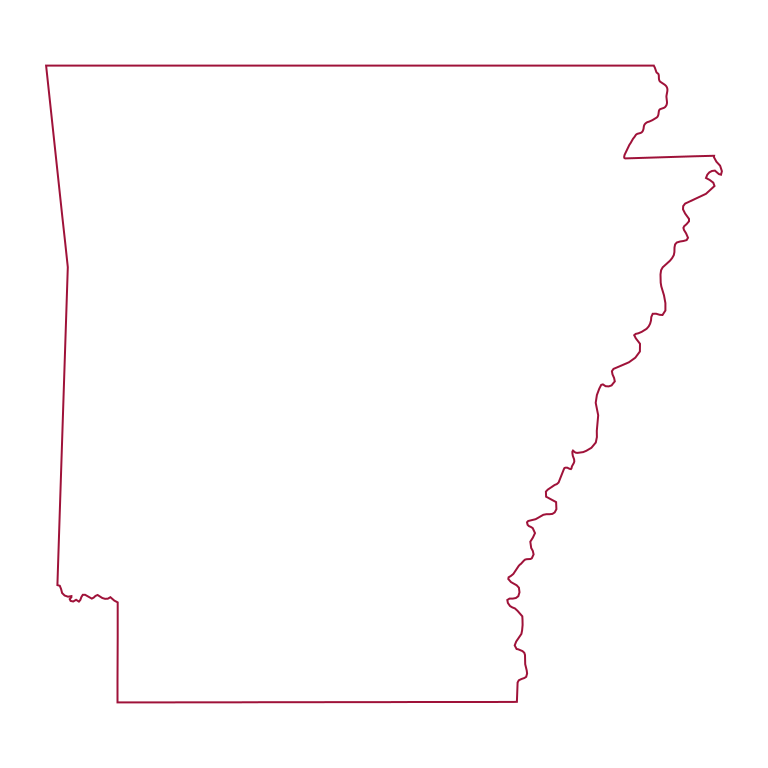 Arkansas, Equal Earth projection
{"feature_id": "USA-3528", "entity_name": "Arkansas", "entity_type": "State", "adm_level": 1, "iso_a3": "USA", "parent_name": "United States of America", "parent_adm1": "", "projection": "equal_earth", "projection_center": [-91.2, 34.755], "detail": "fine", "context": "isolated", "style": "outline", "palette": "rose", "viewbox_px": 768, "rotation_deg": 0, "n_neighbors": 0, "source": "natural_earth", "source_scale": "10m", "svg_char_len": 4171}
<svg xmlns="http://www.w3.org/2000/svg" viewBox="0 0 768 768"><path d="M635.4,337.5L635.8,338.3L640.0,343.8L639.9,351.5L635.3,357.7L628.9,362.3L613.5,368.9L611.9,371.2L612.5,374.4L614.1,378.0L614.8,381.4L612.8,383.8L611.6,385.4L608.7,386.4L605.6,386.2L602.9,384.4L601.2,384.9L599.3,388.6L596.9,395.0L595.7,402.8L598.2,415.3L596.8,430.8L596.9,437.1L595.8,442.5L591.4,447.8L586.3,450.8L583.2,452.1L577.4,452.9L575.8,452.7L574.7,452.1L573.0,450.6L572.4,451.6L572.4,453.2L572.8,455.8L574.1,459.3L574.3,461.5L573.8,463.0L571.9,466.4L571.5,468.3L570.9,469.1L569.5,468.8L567.3,467.7L565.4,467.7L564.5,468.0L563.9,469.1L558.6,482.5L556.8,484.1L554.6,485.0L547.8,489.6L545.9,491.6L546.1,496.7L556.1,502.1L556.4,509.2L554.7,512.4L552.4,513.9L549.7,514.2L546.4,514.2L543.3,514.8L537.4,518.2L535.6,519.2L528.2,521.0L527.0,522.3L527.6,524.8L528.9,526.1L530.8,526.9L532.7,528.1L535.0,533.1L532.9,537.6L530.3,541.7L531.2,548.0L532.8,550.9L533.6,554.4L531.8,558.3L530.5,559.0L526.7,559.2L525.1,559.6L523.8,560.7L520.9,563.9L519.9,564.6L518.7,565.9L513.3,574.0L510.8,576.0L508.6,577.3L508.3,579.0L511.0,582.1L516.7,585.3L518.9,587.7L519.5,592.3L518.3,596.2L515.9,598.0L512.8,598.6L509.5,598.6L507.3,600.0L507.9,603.0L510.0,606.0L512.3,607.4L514.9,608.4L517.6,610.9L522.3,616.3L522.5,619.6L522.6,625.0L522.1,630.4L521.4,633.9L516.2,641.5L514.7,645.4L516.6,649.0L518.2,649.3L522.5,651.1L524.3,652.8L525.0,655.0L525.2,664.2L526.7,670.4L527.1,673.5L526.2,676.8L524.4,678.0L521.5,679.0L518.8,680.3L517.6,682.5L516.9,701.8L514.9,701.9L490.1,702.0L465.3,702.0L440.4,702.0L415.6,702.0L390.7,702.1L365.9,702.1L341.1,702.1L316.2,702.2L291.4,702.2L266.5,702.2L241.7,702.3L216.8,702.3L192.0,702.3L167.2,702.4L142.3,702.4L117.5,702.4L117.5,680.4L117.6,658.4L117.7,636.4L117.7,614.4L117.7,602.4L116.4,601.7L114.3,600.6L110.4,597.2L107.8,598.7L105.0,598.8L102.3,598.0L97.6,595.0L95.5,595.9L93.7,597.6L91.8,598.6L85.1,594.8L82.8,594.8L81.4,597.0L80.3,600.0L78.9,601.6L76.1,599.8L73.2,601.5L70.6,600.9L69.7,599.1L71.4,597.2L71.4,596.1L68.0,596.7L64.6,595.5L62.1,593.0L61.1,589.1L59.8,585.8L57.4,585.1L58.7,545.2L60.0,505.3L61.3,465.5L62.6,425.7L63.9,386.0L65.2,346.3L66.5,306.7L67.8,267.2L65.1,241.9L62.3,216.6L59.6,191.4L56.9,166.2L54.2,141.0L51.5,115.8L48.8,90.7L46.1,65.6L83.5,65.6L120.9,65.6L158.3,65.6L195.6,65.6L233.0,65.6L270.4,65.6L307.8,65.6L345.2,65.6L382.6,65.6L420.0,65.6L457.4,65.6L462.6,65.6L494.8,65.6L532.2,65.6L569.5,65.6L606.9,65.6L644.3,65.6L653.8,65.6L653.9,66.0L654.2,66.4L654.9,67.8L656.3,71.9L656.6,72.5L657.2,73.0L657.9,73.5L658.4,74.0L658.6,74.6L658.8,75.4L658.9,78.3L659.0,79.3L659.3,80.3L659.6,81.0L660.2,81.7L664.7,84.7L665.4,85.3L666.0,85.9L666.5,86.6L666.9,87.4L667.2,88.2L667.4,89.2L667.4,90.2L667.3,91.3L666.5,95.6L666.4,96.7L667.0,102.1L667.0,103.0L666.8,103.9L666.6,104.8L666.2,105.6L665.7,106.3L665.2,107.0L664.5,107.5L663.8,107.9L660.3,109.1L659.7,109.5L659.2,110.2L658.9,111.0L658.4,114.6L658.1,115.5L657.7,116.4L657.2,117.1L656.6,117.6L652.3,120.2L649.2,121.6L647.5,122.1L646.7,122.5L645.4,123.5L644.8,124.2L644.3,125.0L644.0,125.8L643.8,126.7L643.6,128.3L643.4,129.3L643.1,130.2L642.7,131.1L642.2,131.8L641.6,132.4L640.9,132.8L640.1,133.1L637.4,133.8L636.7,134.2L636.0,134.7L635.5,135.4L634.6,136.8L633.0,138.8L630.7,142.9L629.4,144.8L624.6,154.8L624.2,156.6L624.2,157.4L624.5,158.1L625.3,158.4L635.2,158.1L654.7,157.5L674.2,156.9L693.6,156.3L713.1,155.8L713.3,155.8L713.6,155.8L713.8,155.8L714.1,155.8L713.9,157.1L716.4,161.7L720.1,165.7L721.9,171.2L721.0,174.7L718.9,174.1L714.9,170.6L711.9,171.0L709.3,172.4L707.3,174.7L706.0,178.0L709.6,179.9L713.3,182.7L714.5,186.0L706.0,193.8L685.1,203.6L683.2,206.1L683.0,209.3L685.1,213.5L689.0,218.9L689.0,221.3L686.5,224.2L684.2,226.2L683.4,227.9L684.0,230.0L686.1,233.4L688.0,237.8L686.6,240.1L683.4,241.0L680.1,241.5L676.8,242.5L675.1,244.4L674.5,247.5L674.4,252.1L673.8,255.1L672.1,258.1L670.0,260.7L662.7,267.3L661.1,270.2L660.5,274.4L660.7,282.7L661.3,286.4L664.0,295.4L665.4,303.1L665.4,310.5L662.5,315.0L659.7,314.8L656.0,313.7L652.7,313.8L651.3,317.0L651.0,320.5L650.1,323.7L648.7,326.4L646.6,328.8L641.6,331.9L638.3,333.3L635.7,333.9L634.2,335.2L635.4,337.5Z" fill="none" stroke="#9f1239" stroke-width="2"/></svg>